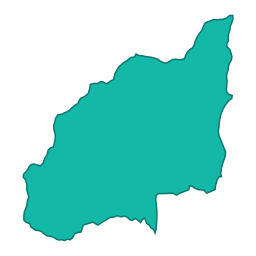 Guaíba, Rio Grande do Sul, Brazil (Equal Earth projection)
{"feature_id": "56859067B97108440127391", "entity_name": "Guaíba", "entity_type": "district", "adm_level": 2, "iso_a3": "BRA", "parent_name": "Brazil", "parent_adm1": "Rio Grande do Sul", "projection": "equal_earth", "projection_center": [-51.43, -30.165], "detail": "fine", "context": "isolated", "style": "filled", "palette": "teal", "viewbox_px": 256, "rotation_deg": 0, "n_neighbors": 0, "source": "geoboundaries", "source_scale": "gbopen_adm2", "svg_char_len": 2519}
<svg xmlns="http://www.w3.org/2000/svg" viewBox="0 0 256 256"><path d="M215.3,189.4L215.5,185.7L217.3,179.5L219.0,176.8L221.5,176.6L220.7,173.6L221.5,167.8L222.9,162.8L225.1,156.5L225.7,152.1L218.9,135.4L218.3,131.2L219.0,127.0L219.2,122.6L219.9,118.7L220.7,114.9L222.7,109.6L225.5,104.8L229.0,100.4L231.7,98.5L232.2,95.5L228.4,94.1L226.7,92.3L226.4,89.0L226.7,85.7L227.1,81.5L226.5,76.3L227.1,72.9L228.2,69.8L228.5,66.4L229.5,63.0L231.4,60.0L231.9,56.8L231.2,53.5L229.6,49.2L227.0,47.0L226.7,43.8L228.4,40.7L228.2,37.5L228.4,34.6L230.0,29.6L230.1,26.5L231.4,23.8L232.9,19.2L232.8,15.4L229.5,15.5L226.5,18.1L222.3,19.4L219.8,19.4L217.4,19.9L213.7,19.4L210.1,21.0L207.4,21.9L205.3,22.9L203.5,26.0L201.9,30.4L199.5,33.3L197.9,35.8L195.4,40.5L194.2,45.1L192.3,48.0L189.7,49.7L187.5,51.8L185.6,55.4L184.5,58.7L181.7,59.5L178.9,59.8L176.1,59.2L172.6,59.5L169.2,61.7L165.2,63.3L162.5,62.2L160.0,61.0L157.7,59.2L155.2,58.4L151.5,57.3L146.5,56.7L141.1,55.6L138.8,55.6L136.1,54.0L134.5,57.0L131.0,57.4L128.9,59.0L126.9,60.8L124.2,62.2L121.2,64.7L118.4,67.4L116.8,70.4L115.0,73.5L114.4,76.2L113.5,79.6L110.5,81.0L107.5,83.5L105.3,83.3L102.9,81.8L100.1,81.8L97.5,83.6L94.1,83.4L90.3,84.4L89.8,88.2L88.3,93.4L84.5,96.6L80.8,98.2L79.1,100.6L78.0,103.5L75.6,104.8L73.1,106.9L70.8,108.8L69.1,110.7L66.5,112.0L64.4,112.9L61.7,114.2L57.8,114.9L55.6,118.3L54.6,122.6L53.7,125.6L54.0,130.2L55.3,134.3L55.3,138.0L54.7,141.4L54.1,144.5L52.9,147.1L50.4,147.9L48.2,150.1L47.1,154.7L44.7,158.6L42.9,163.5L40.1,165.9L37.0,164.9L33.9,164.0L31.2,164.6L29.3,166.5L27.7,169.5L25.9,171.9L23.7,174.1L23.1,176.9L25.6,179.9L26.8,184.5L26.9,190.4L28.8,196.7L27.4,200.9L26.9,205.1L25.6,209.0L24.4,211.6L23.8,216.0L24.0,220.4L26.4,222.5L29.9,223.6L30.7,226.5L33.2,228.6L35.4,230.2L38.1,230.5L41.0,231.2L44.7,234.3L47.4,236.0L50.8,236.2L54.5,237.9L57.4,239.7L59.8,240.0L62.2,239.7L64.2,240.6L67.4,239.2L70.0,239.7L72.5,238.1L74.9,233.3L81.0,232.0L83.2,225.1L92.9,222.1L97.7,225.1L110.1,217.4L113.8,217.1L117.1,215.7L121.2,216.9L123.9,216.1L126.7,216.8L130.0,219.8L132.4,220.4L135.2,218.5L137.8,220.1L140.5,222.6L142.4,219.5L144.7,218.2L146.8,223.5L149.4,225.3L151.1,228.0L153.5,229.4L155.1,232.9L156.0,229.4L156.4,224.8L156.8,219.8L157.0,213.0L156.6,208.3L156.2,204.4L155.7,198.8L156.3,195.0L158.6,193.7L169.5,193.4L172.7,193.1L174.8,194.3L176.9,195.0L179.3,193.4L188.8,189.7L189.7,185.7L192.2,186.3L194.4,188.0L198.4,189.7L201.3,189.9L203.6,189.9L206.8,193.2L210.1,191.8L212.1,190.8L215.3,189.4Z" fill="#14b8a6" stroke="#0f766e" stroke-width="1.5"/></svg>